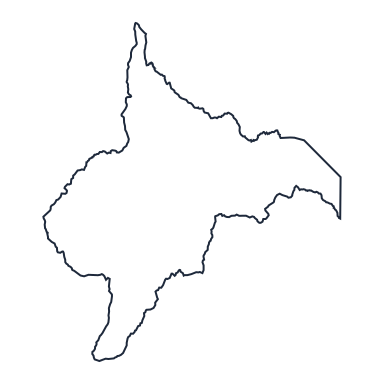 Tarata, Tacna, Peru
{"feature_id": "86281439B57455266090466", "entity_name": "Tarata", "entity_type": "district", "adm_level": 2, "iso_a3": "PER", "parent_name": "Peru", "parent_adm1": "Tacna", "projection": "equal_earth", "projection_center": [-69.943, -17.407], "detail": "fine", "context": "isolated", "style": "outline", "palette": "slate", "viewbox_px": 384, "rotation_deg": 0, "n_neighbors": 0, "source": "geoboundaries", "source_scale": "gbopen_adm2", "svg_char_len": 5939}
<svg xmlns="http://www.w3.org/2000/svg" viewBox="0 0 384 384"><path d="M43.4,216.7L43.7,218.4L44.8,220.3L45.2,221.8L44.7,224.6L45.1,228.3L45.8,229.2L46.6,231.8L47.7,232.7L47.6,233.3L47.2,233.3L48.0,237.0L48.0,238.5L51.7,241.9L54.6,243.5L55.7,246.7L56.9,247.7L57.2,251.2L57.8,252.3L60.2,252.8L62.3,251.5L63.1,251.6L63.7,253.0L64.3,257.0L65.2,259.6L65.3,262.2L66.3,263.6L67.8,264.6L68.4,265.8L70.5,266.8L71.9,268.3L72.1,269.7L72.6,270.1L74.2,270.8L80.5,275.5L84.1,276.3L88.5,274.8L97.9,275.2L100.3,274.8L101.8,274.1L103.1,274.8L104.4,276.2L106.0,279.8L107.9,277.9L109.7,278.9L108.9,286.5L109.6,289.1L109.0,291.0L111.9,294.4L112.0,296.1L111.2,302.0L110.1,304.2L108.9,308.1L109.1,311.6L108.5,315.4L108.9,317.9L108.4,322.4L107.6,324.4L106.1,326.4L102.5,333.0L101.0,335.0L99.8,336.1L98.3,340.2L96.3,342.4L96.6,344.0L96.1,345.5L95.1,346.7L95.0,348.8L93.9,350.7L92.4,351.9L92.3,354.0L93.5,355.6L93.9,357.7L94.7,359.4L99.3,361.0L105.6,358.7L108.5,359.0L113.9,358.4L115.2,357.4L116.6,357.0L117.4,356.0L118.8,355.9L120.9,354.9L123.1,353.0L126.7,345.4L126.7,342.8L127.6,338.4L128.4,336.8L129.6,336.2L130.9,333.6L133.1,333.7L134.6,332.0L135.0,330.6L136.0,330.3L138.1,326.1L140.0,325.5L140.4,323.3L141.8,322.9L142.4,320.3L144.3,316.0L144.0,313.1L145.3,312.3L145.9,310.4L146.5,309.8L150.5,309.5L153.5,308.0L155.3,305.1L155.2,302.6L157.9,299.1L157.2,297.7L155.5,291.6L156.6,290.5L158.1,290.1L159.2,287.6L161.3,287.7L163.1,285.1L165.2,279.7L166.1,278.7L167.4,279.0L169.7,278.0L171.5,273.7L172.5,273.7L174.7,275.8L175.7,274.8L175.9,273.3L177.6,272.5L178.8,270.4L179.6,269.9L180.2,270.1L180.6,271.7L182.9,273.2L183.7,275.6L184.6,275.1L187.5,275.1L191.4,274.1L196.2,272.2L198.4,272.4L199.8,272.0L202.4,273.1L203.6,270.1L203.6,265.3L202.5,262.3L202.9,260.5L204.1,259.7L203.5,256.7L203.6,255.6L204.8,253.7L205.2,252.2L207.7,249.9L207.8,246.6L208.9,244.1L209.0,242.7L209.8,241.2L210.6,240.8L211.1,239.0L212.4,237.1L212.3,235.0L211.4,233.4L211.6,231.3L211.2,229.8L212.8,228.5L213.4,227.5L214.9,222.7L215.6,221.6L215.1,216.9L215.3,216.2L217.8,215.4L219.2,214.2L221.4,214.0L222.3,215.9L224.1,215.2L225.2,216.4L227.0,217.0L229.1,217.1L231.4,215.8L235.0,215.6L236.7,214.6L239.1,215.8L246.0,215.7L249.8,217.5L252.3,216.4L254.0,216.9L254.8,218.0L257.1,219.8L257.5,221.3L259.3,222.8L260.7,222.8L262.5,221.7L263.3,219.0L265.5,219.0L266.3,218.5L268.7,215.3L268.3,213.8L265.4,210.5L265.1,208.9L268.1,206.6L268.6,205.5L273.5,202.4L274.0,201.7L274.2,200.1L275.3,197.5L277.1,195.0L279.7,193.7L282.4,195.1L287.2,196.6L288.4,197.7L290.8,197.3L292.2,195.7L292.3,194.5L293.4,191.2L294.3,190.0L294.5,187.8L296.2,185.9L298.0,187.3L299.7,190.0L301.0,189.3L302.2,189.5L303.5,189.2L305.0,189.6L306.0,190.5L306.9,190.3L307.4,190.9L309.2,190.2L310.2,190.6L310.9,190.4L313.4,191.9L315.1,192.4L316.4,191.8L317.8,192.4L318.8,193.5L320.5,193.6L321.5,195.2L321.8,198.3L323.0,200.0L325.4,201.3L326.2,202.3L327.5,202.4L329.8,203.6L331.5,203.9L332.9,206.0L333.6,206.2L333.9,207.3L333.7,207.9L334.4,208.2L334.9,209.4L336.1,210.3L337.4,212.8L337.6,216.0L338.8,217.2L339.0,218.0L340.2,218.6L340.6,177.1L304.1,140.3L294.4,137.7L290.2,137.5L280.6,138.0L279.6,135.8L279.9,134.8L278.3,133.9L278.4,132.7L277.5,131.3L277.4,130.5L277.0,130.3L275.7,130.6L273.9,132.2L272.1,131.9L270.6,132.9L269.7,132.8L269.0,133.8L268.3,133.4L267.7,134.0L266.6,132.6L265.5,133.9L264.1,132.1L263.5,132.0L262.0,133.5L260.6,133.6L259.2,135.2L258.0,135.5L257.8,136.5L258.0,137.4L256.8,139.7L254.7,140.3L253.7,140.0L253.6,140.9L252.8,140.7L251.4,141.6L250.9,140.0L249.6,140.5L248.5,140.2L245.2,137.4L244.8,136.3L243.1,136.5L241.0,134.7L240.1,133.2L239.5,130.8L239.8,127.0L238.4,124.2L237.2,122.9L236.7,120.9L235.2,119.0L234.1,118.3L233.4,117.2L233.2,115.9L231.2,114.2L228.5,112.7L227.6,112.9L227.1,113.7L224.6,113.6L223.2,115.5L221.8,115.8L221.3,117.0L218.8,116.7L217.0,118.2L215.9,117.6L214.4,117.5L212.7,118.2L210.9,118.2L208.2,113.3L204.6,112.5L203.7,111.1L203.3,108.9L202.5,108.3L199.8,108.7L198.2,108.2L198.1,107.6L197.4,107.9L194.7,107.7L193.6,106.6L192.8,105.1L190.9,103.2L188.3,102.7L186.3,99.9L181.2,98.2L180.7,97.5L179.7,97.2L178.4,94.8L175.0,92.5L174.5,91.9L174.4,90.8L173.9,90.2L171.2,88.4L169.7,82.7L169.2,82.6L167.2,84.1L166.7,83.9L165.2,80.6L165.1,79.5L164.6,78.7L164.8,77.1L164.5,76.1L163.0,75.8L161.8,74.6L160.7,74.8L156.6,71.6L155.6,71.3L154.5,69.3L154.4,67.8L153.7,67.4L153.5,67.0L153.9,67.1L152.8,65.8L152.9,64.9L152.5,63.5L151.8,62.8L151.6,62.7L151.3,63.7L150.6,63.7L150.4,63.0L149.4,63.5L148.4,65.0L146.7,65.3L146.2,63.5L146.2,61.5L144.9,57.9L145.0,57.2L144.5,52.4L144.7,49.7L145.1,49.0L145.5,45.4L146.3,42.4L145.4,35.8L146.0,33.9L144.5,32.8L141.2,29.4L139.3,27.0L139.0,25.6L138.6,24.8L136.8,23.3L135.6,23.0L135.2,23.5L134.2,29.0L135.2,31.5L135.3,34.7L136.2,41.0L136.7,42.6L136.7,44.1L135.4,45.9L133.0,47.9L131.9,49.9L131.0,52.7L131.0,57.1L129.7,60.9L128.1,63.1L128.0,64.9L128.8,67.0L127.3,70.2L127.5,77.4L127.2,80.2L126.7,81.4L126.7,82.1L127.7,83.6L128.0,84.8L127.8,86.4L128.3,89.2L127.9,92.6L129.0,94.4L130.7,95.4L131.1,96.4L130.5,97.0L127.2,97.1L126.0,98.3L125.8,102.2L126.8,104.4L126.8,106.0L125.4,109.0L121.6,114.3L121.5,115.1L121.7,115.9L123.5,117.0L123.9,117.7L124.1,122.5L125.0,126.1L125.2,129.8L126.5,132.2L128.8,139.1L128.2,142.0L127.2,143.5L126.4,145.9L123.7,147.8L122.3,150.5L118.8,152.6L116.8,152.4L116.7,151.7L116.1,151.0L115.0,150.6L112.2,150.2L110.8,151.1L110.5,153.0L108.9,152.6L107.2,153.5L104.8,151.5L103.1,151.1L101.9,152.1L99.8,152.0L98.4,153.9L97.0,154.0L95.5,154.8L94.6,154.7L94.0,155.3L93.7,156.4L92.8,156.7L92.5,157.4L92.1,157.2L90.8,158.3L89.4,158.8L88.8,160.4L87.9,160.9L86.7,162.7L86.4,162.6L86.2,165.8L85.2,166.9L84.0,169.9L81.9,169.4L80.2,170.1L77.6,170.5L74.7,174.4L73.2,175.6L73.1,178.0L71.3,179.2L70.9,183.7L69.1,184.5L67.5,184.2L64.9,186.9L64.5,188.1L66.5,190.0L67.0,190.9L66.5,193.0L65.3,193.8L61.6,193.5L60.6,196.9L58.2,199.5L56.4,200.1L55.2,202.6L53.9,204.2L51.5,205.6L50.7,207.0L50.7,208.8L50.2,210.4L43.4,216.7Z" fill="none" stroke="#1e293b" stroke-width="2"/></svg>